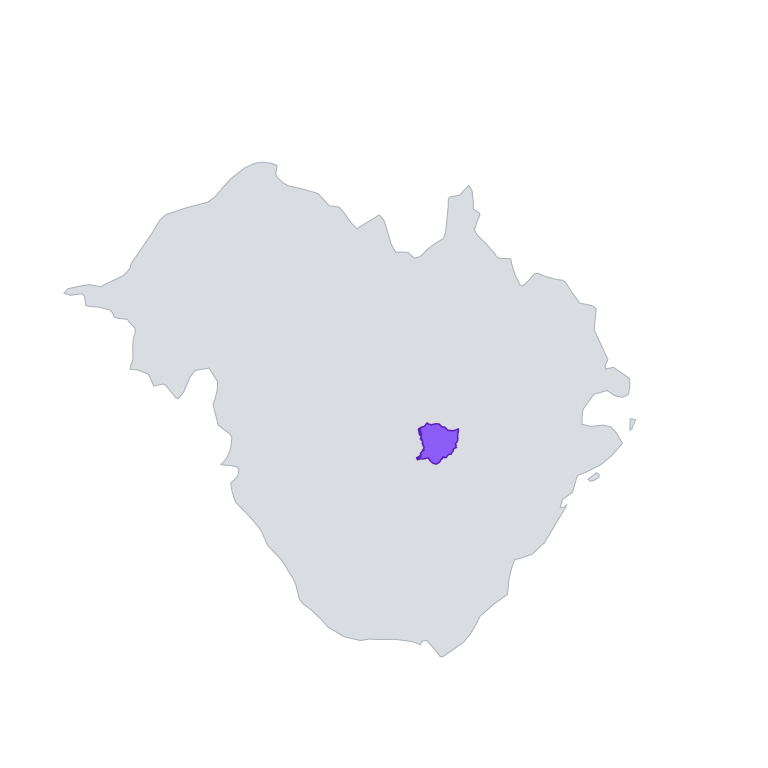 location of Krakor, Pouthisat, Cambodia, rotated 237°
{"feature_id": "14789045B13270514327943", "entity_name": "Krakor", "entity_type": "district", "adm_level": 2, "iso_a3": "KHM", "parent_name": "Cambodia", "parent_adm1": "Pouthisat", "projection": "orthographic", "projection_center": [104.201, 12.447], "detail": "fine", "context": "in_parent", "style": "filled", "palette": "violet", "viewbox_px": 768, "rotation_deg": 237, "n_neighbors": 0, "source": "geoboundaries", "source_scale": "gbopen_adm2", "svg_char_len": 7748}
<svg xmlns="http://www.w3.org/2000/svg" viewBox="0 0 768 768"><g transform="rotate(237 384 384)"><path d="M634.5,165.1L636.1,170.7L632.1,181.3L627.9,190.9L619.8,199.4L619.4,205.6L616.9,224.0L618.0,229.9L620.0,234.8L622.7,237.5L630.1,255.4L636.9,271.7L643.5,285.1L644.8,293.6L639.2,315.2L632.5,335.1L633.2,345.0L636.3,354.8L639.7,367.9L641.0,384.8L639.5,395.8L636.4,402.6L630.5,409.7L625.3,413.3L619.0,407.5L614.0,407.3L607.3,409.1L602.1,411.9L591.5,422.3L579.7,432.4L563.3,435.1L556.9,442.6L550.1,443.7L537.0,444.2L528.6,446.0L529.0,449.7L528.4,467.3L528.6,471.4L527.3,472.5L521.4,473.1L511.4,470.5L497.8,466.2L488.2,465.6L483.3,473.3L480.4,476.3L476.7,476.8L472.9,478.2L471.7,481.6L471.4,485.9L473.3,493.2L474.0,504.9L473.6,512.8L477.1,517.8L497.9,534.5L504.1,538.7L504.8,541.2L501.2,550.4L504.5,563.3L498.1,563.1L487.2,557.6L482.0,554.3L475.7,557.0L473.5,556.5L469.3,550.2L463.7,543.7L458.0,543.3L445.9,546.0L433.6,547.8L428.9,547.8L427.0,549.0L419.9,558.6L416.8,557.0L404.4,553.4L393.0,552.0L390.7,554.5L392.1,562.4L394.6,570.0L393.2,573.3L386.9,577.4L378.7,584.6L373.7,590.3L370.2,591.7L357.6,591.5L345.1,592.3L340.1,597.6L335.4,601.8L331.4,602.9L315.0,589.7L282.5,585.1L279.0,579.3L275.9,578.1L272.9,585.7L255.0,592.9L247.6,588.5L242.1,583.2L243.0,576.7L248.1,571.4L257.0,567.6L261.1,554.3L254.4,537.2L248.5,532.2L242.3,528.2L235.7,534.5L230.2,545.4L224.4,551.0L216.3,552.2L204.4,551.7L199.8,535.5L198.3,521.5L200.0,505.6L201.9,496.2L190.5,483.2L189.9,470.8L184.4,464.4L182.8,467.6L182.9,471.1L181.4,468.6L163.5,432.2L160.6,415.3L163.8,402.4L165.6,398.0L160.4,391.2L153.2,383.4L140.4,373.1L139.6,357.0L136.9,338.1L133.0,331.7L127.2,319.9L124.1,310.3L123.2,284.7L124.9,282.6L134.0,282.0L145.7,280.2L147.5,276.1L145.5,272.7L153.0,266.9L163.8,254.3L172.1,241.1L178.1,232.8L181.7,224.5L193.8,212.8L210.4,204.7L221.6,202.9L233.3,200.1L244.5,196.2L249.8,195.9L263.7,200.7L271.2,201.9L279.1,201.8L287.3,202.4L294.4,201.9L311.5,198.5L329.6,201.2L345.7,199.1L365.7,195.2L375.5,197.6L384.4,201.4L385.7,209.2L387.8,212.7L390.8,215.5L394.8,215.5L399.8,210.0L404.1,204.4L405.4,203.4L405.7,206.1L407.8,212.2L411.7,218.1L415.5,222.1L422.0,227.3L426.2,227.5L439.8,222.5L460.3,229.6L462.7,233.2L469.4,240.6L476.7,245.8L492.6,246.0L498.2,233.0L495.4,225.1L486.2,211.4L483.7,203.3L486.6,201.8L502.0,200.2L504.4,198.6L507.8,189.6L512.0,190.6L520.5,191.7L529.5,185.5L534.8,179.0L537.7,181.9L541.0,186.4L544.5,189.0L551.0,192.8L558.2,198.1L562.7,203.4L566.3,205.5L575.5,203.9L577.9,204.1L583.2,197.6L586.9,194.0L590.0,195.0L594.7,194.8L604.1,186.5L609.5,178.9L612.4,176.8L621.0,180.5L624.4,179.7L629.2,169.2L634.5,165.1ZM193.8,514.0L192.0,514.9L190.4,514.9L188.6,513.4L188.8,507.6L190.1,504.0L193.0,503.3L193.8,514.0ZM220.8,571.6L217.1,575.5L211.3,567.4L211.4,565.1L220.8,571.6Z" fill="#d9dde1" stroke="#a8b0b8" stroke-width="1"/><path d="M327.2,390.0L326.4,390.1L326.2,390.0L326.1,389.9L325.8,389.8L325.3,389.2L324.8,389.2L324.5,389.1L324.1,388.8L323.9,388.9L323.7,388.9L323.4,388.1L323.2,387.9L322.8,388.1L322.6,388.2L322.3,387.9L322.0,387.5L321.8,387.7L321.8,387.2L321.1,387.5L320.9,387.5L319.8,386.6L319.1,386.1L318.7,385.7L318.6,385.4L318.5,385.2L318.4,385.3L318.0,385.9L317.9,385.9L317.3,385.0L317.2,384.9L317.2,384.7L316.9,384.9L316.7,385.0L316.4,385.2L316.2,385.3L315.9,385.2L315.7,385.0L314.8,385.1L314.7,384.9L314.3,384.6L313.9,384.3L313.7,384.3L313.3,383.8L313.1,384.0L312.8,384.1L312.6,384.0L312.1,383.4L311.9,383.6L311.7,383.6L311.2,383.5L310.7,383.5L310.3,383.1L310.1,383.0L309.6,383.3L309.3,383.1L309.0,382.9L308.9,382.8L308.7,382.7L308.0,381.9L308.0,381.7L307.8,381.3L307.6,380.4L307.4,380.2L307.4,380.4L307.3,380.6L307.2,380.7L307.1,381.0L306.9,381.3L306.8,381.5L306.7,381.5L306.7,381.2L306.9,381.2L307.0,381.1L307.1,380.9L307.1,380.6L307.3,380.4L307.2,380.1L306.9,379.8L306.9,379.7L306.7,378.8L306.6,378.6L306.3,378.2L306.2,378.0L306.2,377.5L306.0,376.9L305.9,376.7L305.6,376.5L305.4,376.7L305.1,376.8L304.9,376.7L304.3,376.3L304.0,375.8L303.9,375.7L303.7,375.3L303.6,375.2L303.3,375.1L303.5,375.0L303.4,374.8L303.4,374.7L303.6,374.7L304.0,375.0L304.3,375.0L304.3,374.8L304.2,374.4L304.2,374.0L304.2,373.8L304.1,373.6L303.8,373.5L303.9,373.3L303.7,373.0L303.8,373.0L303.9,372.7L304.0,372.4L304.1,372.2L304.2,372.3L304.3,372.3L304.3,372.1L304.2,371.9L304.4,371.3L304.2,371.1L303.8,371.3L303.9,371.8L303.7,371.4L303.3,371.2L303.2,371.0L303.1,370.9L302.8,370.8L302.6,370.9L302.3,370.9L302.2,370.9L302.2,371.0L302.1,371.4L302.1,371.6L302.1,372.0L302.4,372.2L302.1,372.2L301.9,372.2L301.8,372.4L301.7,372.5L301.8,372.8L301.8,373.1L301.8,373.3L301.6,373.4L301.7,373.8L301.3,374.1L300.3,375.3L299.9,375.9L299.5,376.8L298.9,377.9L298.8,378.4L298.7,378.9L298.6,379.2L298.0,380.9L297.9,381.0L297.3,380.8L296.6,380.8L293.6,381.0L293.0,381.3L292.3,381.5L291.4,381.8L290.7,382.1L290.4,382.3L288.6,384.0L288.4,384.2L288.3,384.4L288.4,384.5L288.2,385.2L288.1,386.6L288.2,387.2L288.2,387.5L288.3,388.3L288.5,388.7L288.8,389.0L288.9,389.3L289.0,389.7L289.2,389.8L289.3,390.0L289.5,390.4L289.5,390.6L289.7,390.8L289.7,391.0L289.6,391.4L289.7,391.6L289.6,391.8L289.6,392.1L289.7,392.5L289.9,392.8L290.2,392.8L290.6,393.1L290.7,393.6L290.5,393.9L290.5,394.1L290.3,394.3L290.2,394.4L290.1,394.5L289.9,394.5L289.6,394.5L289.6,394.9L289.2,395.1L289.1,395.3L288.9,395.3L288.6,395.5L288.5,396.4L288.9,397.2L289.4,398.3L289.5,399.0L289.6,399.3L289.6,399.7L289.6,399.9L289.5,400.2L288.9,401.5L288.6,402.1L288.9,402.8L289.0,402.9L289.5,403.2L289.6,403.3L290.0,404.6L290.0,405.5L290.3,405.9L291.8,406.9L291.8,407.0L291.4,410.0L291.7,409.9L291.9,410.1L292.7,410.2L292.9,410.6L293.1,410.9L294.0,410.9L294.6,411.0L294.5,411.5L294.9,411.6L295.6,413.1L295.7,413.8L296.2,414.4L296.4,414.7L298.2,416.4L298.6,416.3L298.8,416.3L299.0,416.5L303.2,419.6L303.1,419.9L303.2,420.1L303.4,420.3L303.6,420.4L303.9,420.6L304.0,420.6L304.3,420.8L304.4,421.0L304.5,421.1L304.7,421.4L304.9,421.4L305.2,421.3L305.5,421.3L305.6,421.5L305.8,421.7L306.0,421.7L306.0,421.4L306.1,420.7L306.3,419.7L306.4,419.1L306.6,418.0L306.8,417.5L306.8,417.4L306.8,417.2L307.1,416.9L307.3,416.4L307.6,416.0L307.6,415.8L307.6,415.4L307.8,415.3L307.9,415.2L308.0,415.2L308.4,414.9L308.5,414.7L308.8,414.6L308.9,414.1L309.3,413.8L309.5,413.6L309.8,413.0L310.1,412.7L310.4,412.6L310.6,412.3L311.0,412.1L311.5,412.1L311.8,412.0L312.1,411.9L312.3,412.0L312.5,411.9L313.0,411.8L313.3,411.6L313.6,411.8L313.8,411.8L313.9,411.7L314.2,411.7L314.8,411.3L315.0,411.3L315.3,410.9L315.3,410.6L315.6,410.3L315.9,409.9L316.2,409.7L316.4,409.7L316.5,409.6L316.6,409.3L316.7,409.2L316.8,409.2L317.0,408.9L317.5,408.9L317.9,408.9L318.1,409.0L318.4,409.0L318.6,408.9L318.9,408.6L319.1,408.5L319.4,408.6L319.5,408.5L319.6,408.4L319.8,408.5L320.0,408.6L320.2,408.4L320.1,408.1L320.4,408.0L320.5,407.9L320.9,407.8L321.3,407.4L321.5,406.9L322.1,406.4L322.5,405.6L323.6,402.7L323.7,402.1L323.6,401.6L323.8,401.4L323.9,401.2L324.4,401.0L324.9,400.6L325.6,400.2L325.9,399.9L326.2,399.4L326.3,399.3L326.8,399.3L327.2,399.3L327.8,399.0L327.8,398.9L327.5,398.5L327.3,398.3L327.3,398.1L327.4,397.8L327.5,397.6L327.5,397.4L327.0,396.4L326.9,396.0L326.7,395.6L326.6,395.4L326.7,393.8L326.8,393.3L327.0,393.0L327.2,392.7L327.3,392.5L327.2,391.9L327.4,391.5L327.5,391.2L327.4,390.9L327.2,390.7L327.4,390.5L327.4,390.3L327.2,390.1L327.2,390.0ZM327.2,388.1L326.8,387.9L326.3,387.8L326.2,387.8L325.8,387.8L325.5,387.6L324.6,387.1L324.4,387.2L324.4,387.3L324.2,387.3L323.4,386.8L322.5,386.5L322.3,386.6L322.4,386.4L322.1,386.5L322.1,386.4L321.7,386.4L321.4,386.3L320.9,386.4L321.1,386.5L321.3,386.7L321.5,386.5L322.3,386.6L323.0,386.8L323.4,387.0L323.9,387.5L324.4,388.0L325.1,388.4L325.9,388.6L326.2,388.7L327.3,388.7L327.5,388.8L327.5,388.7L327.4,388.5L327.4,388.3L327.3,388.2L327.2,388.1Z" fill="#8b5cf6" stroke="#5b21b6" stroke-width="1.5"/></g></svg>